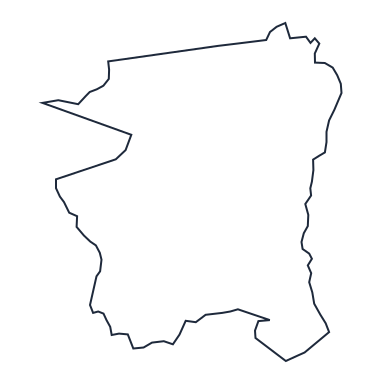 the district of Taquaral de Goiás, Goiás, Brazil
{"feature_id": "56859067B36818753326646", "entity_name": "Taquaral de Goiás", "entity_type": "district", "adm_level": 2, "iso_a3": "BRA", "parent_name": "Brazil", "parent_adm1": "Goiás", "projection": "natural_earth1", "projection_center": [-49.592, -16.048], "detail": "fine", "context": "isolated", "style": "outline", "palette": "slate", "viewbox_px": 384, "rotation_deg": 0, "n_neighbors": 0, "source": "geoboundaries", "source_scale": "gbopen_adm2", "svg_char_len": 1305}
<svg xmlns="http://www.w3.org/2000/svg" viewBox="0 0 384 384"><path d="M119.0,333.6L127.8,334.4L133.3,348.5L143.6,347.5L152.0,342.6L163.8,341.2L172.9,344.3L179.5,334.6L185.7,320.8L195.8,322.2L205.6,314.8L222.2,312.9L230.3,311.5L237.9,309.3L269.8,320.1L258.4,321.1L255.0,330.6L255.5,338.0L285.8,361.0L298.3,355.3L304.6,352.5L329.1,332.1L325.7,323.3L320.3,314.6L314.2,303.7L312.3,292.4L309.2,282.2L311.2,273.2L307.8,265.4L311.9,258.8L309.2,253.6L302.6,249.0L301.5,242.0L303.8,233.2L307.8,226.1L308.3,214.9L305.3,204.0L311.1,195.5L310.3,188.3L311.9,181.7L313.4,170.1L313.1,159.6L319.3,155.7L324.9,152.4L326.5,142.1L326.5,131.8L329.1,120.4L334.4,109.7L337.7,101.9L341.5,93.0L340.8,83.8L337.2,75.2L332.7,67.6L324.8,63.0L315.0,62.6L314.8,53.5L319.3,43.6L314.8,38.3L310.5,42.9L306.0,36.7L290.1,38.3L285.3,23.0L276.6,26.8L270.0,32.0L266.2,40.0L237.0,43.6L217.9,45.9L108.2,61.4L109.1,69.7L108.8,78.9L103.4,85.7L96.8,89.3L89.7,92.0L85.8,96.0L78.2,104.2L58.3,100.2L42.5,102.9L131.3,134.8L125.6,150.1L115.8,159.3L56.0,179.3L56.0,188.2L59.9,196.6L64.0,202.1L69.2,212.7L77.1,216.2L76.6,226.9L83.9,235.5L90.3,241.6L95.9,245.4L99.8,252.8L101.5,259.7L100.1,271.3L96.5,276.3L90.0,305.0L93.1,312.9L98.2,311.5L103.5,313.6L106.5,320.1L110.2,326.8L111.7,335.0L119.0,333.6Z" fill="none" stroke="#1e293b" stroke-width="2"/></svg>